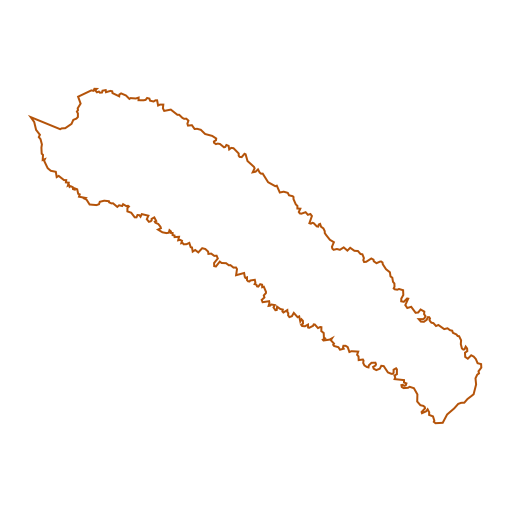 Itarumã, Goiás, Brazil (orthographic projection)
{"feature_id": "56859067B5500678959549", "entity_name": "Itarumã", "entity_type": "district", "adm_level": 2, "iso_a3": "BRA", "parent_name": "Brazil", "parent_adm1": "Goiás", "projection": "orthographic", "projection_center": [-51.292, -18.891], "detail": "fine", "context": "isolated", "style": "outline", "palette": "amber", "viewbox_px": 512, "rotation_deg": 0, "n_neighbors": 0, "source": "geoboundaries", "source_scale": "gbopen_adm2", "svg_char_len": 6038}
<svg xmlns="http://www.w3.org/2000/svg" viewBox="0 0 512 512"><path d="M476.1,384.5L475.5,378.3L477.2,374.7L479.0,373.4L478.5,371.3L481.3,367.6L481.1,364.1L477.6,363.2L475.8,359.0L473.7,356.6L471.2,355.3L467.8,358.7L465.2,356.9L465.0,352.7L467.3,351.1L467.1,348.5L465.7,346.6L464.5,349.3L463.3,349.6L461.9,348.4L460.8,344.1L461.1,340.3L459.1,336.2L457.6,336.0L456.5,334.5L452.9,332.8L452.2,330.7L450.0,330.2L447.5,328.3L444.2,329.1L438.4,325.0L436.0,326.0L433.4,323.1L431.4,322.7L430.1,321.2L429.4,319.8L430.0,318.5L429.2,317.2L427.8,317.2L426.7,319.8L423.9,321.8L420.9,321.6L418.7,319.1L423.2,319.1L424.4,318.3L425.5,316.2L424.1,314.2L424.3,311.6L420.6,309.5L418.2,312.5L415.6,312.8L411.2,306.8L407.3,308.0L405.3,305.1L408.2,298.7L407.1,298.5L403.8,301.8L401.2,301.3L401.3,298.6L403.3,295.0L403.1,290.2L399.0,289.0L397.3,289.7L394.7,289.3L393.7,288.4L394.5,286.7L394.4,283.5L393.0,281.8L392.3,277.7L390.5,276.4L389.9,272.3L386.0,269.2L382.8,264.3L382.5,262.5L381.1,261.5L380.0,261.6L376.5,263.2L373.8,261.3L373.5,259.7L371.3,258.5L366.2,261.8L364.1,262.0L363.3,260.1L363.9,258.1L362.4,254.3L360.5,254.0L357.9,251.0L354.4,250.8L350.2,247.8L347.4,250.6L343.7,247.4L339.9,249.8L336.9,249.0L333.6,249.8L332.4,248.7L331.9,246.9L333.9,242.2L329.9,239.8L326.1,235.0L324.8,233.1L324.7,231.1L323.4,228.4L321.1,226.8L320.1,223.9L318.8,224.5L318.2,226.6L316.8,226.4L313.7,223.2L312.4,222.8L310.9,223.7L309.4,223.2L311.9,216.0L310.4,214.0L307.9,214.8L305.6,212.2L301.3,213.7L299.8,213.4L298.8,212.0L300.3,208.7L297.4,208.5L297.4,205.9L295.8,204.4L293.5,199.1L293.5,197.0L292.7,196.2L289.0,195.3L287.8,192.9L286.6,192.5L283.7,191.7L279.8,192.5L276.8,185.7L275.3,186.2L268.1,182.2L262.7,173.6L261.1,173.7L259.7,172.6L258.0,169.4L255.6,171.7L252.7,172.3L254.6,168.3L254.0,166.9L247.5,161.0L245.6,154.3L244.5,153.8L241.7,157.1L239.6,156.9L238.7,155.7L238.7,153.5L233.5,148.2L231.2,147.9L229.2,149.4L228.6,145.9L226.4,145.0L225.3,146.9L224.0,147.3L220.0,144.0L217.8,143.6L215.9,144.1L214.0,142.7L213.9,141.5L216.0,140.2L216.2,138.5L212.2,135.9L205.1,134.0L200.8,129.8L197.1,128.8L194.6,129.0L191.9,125.2L188.0,125.6L187.4,123.7L188.4,120.6L186.3,118.7L184.1,118.8L182.4,117.9L179.2,114.8L177.4,114.8L170.8,109.6L164.2,110.9L162.9,108.3L163.3,104.6L160.0,104.6L158.1,105.5L157.1,100.3L155.5,100.3L153.6,101.5L150.1,100.7L149.4,98.6L147.1,98.0L145.6,99.9L143.4,100.3L138.5,100.2L138.6,97.6L135.8,98.5L130.6,98.1L129.4,98.9L126.0,95.5L121.1,93.4L119.4,94.5L119.2,96.3L112.5,93.1L112.2,91.3L110.4,90.9L106.0,92.2L105.7,90.1L102.5,90.7L102.0,92.5L99.9,92.7L98.9,91.6L96.9,92.3L95.2,90.3L96.7,88.9L94.4,88.8L93.5,90.8L91.3,90.4L78.1,96.7L80.6,103.6L77.7,108.3L78.0,110.1L76.9,111.6L77.9,113.4L77.9,117.0L76.4,118.6L73.3,119.9L71.5,123.9L65.2,128.2L61.6,128.4L60.2,129.2L30.7,117.1L34.2,122.0L36.1,129.9L39.9,134.8L38.8,137.1L40.5,139.1L41.9,144.4L41.4,147.6L41.7,153.7L43.0,154.9L42.7,160.0L44.8,159.2L44.1,160.7L47.7,168.2L50.8,170.8L55.8,171.8L56.7,177.1L58.7,175.9L64.0,180.1L66.2,180.1L65.9,182.4L68.7,182.7L67.9,185.6L69.0,185.0L69.6,186.9L70.7,186.2L72.8,187.2L73.0,189.1L74.7,189.6L74.8,188.4L77.2,189.3L78.2,193.8L79.7,194.4L79.0,196.7L85.4,197.9L84.4,198.6L86.5,199.6L89.6,204.5L96.5,205.1L99.0,204.2L99.8,201.8L104.2,200.7L108.9,201.2L109.1,202.3L111.4,203.4L113.0,203.3L117.3,206.9L119.1,205.3L122.2,206.0L123.1,204.2L126.3,206.1L128.0,205.8L128.9,206.5L127.4,208.1L127.4,211.4L131.2,212.7L134.7,217.3L136.5,217.3L137.5,215.0L139.4,215.2L140.5,216.7L141.8,214.1L148.4,215.7L146.8,219.2L148.9,221.8L150.7,221.3L151.6,220.4L151.6,218.9L154.3,217.4L156.2,221.0L154.8,221.7L155.4,222.7L158.3,224.0L160.5,226.8L160.9,228.2L158.0,229.6L162.4,232.3L166.5,233.1L168.8,232.7L169.5,230.2L170.9,231.4L170.9,232.9L172.6,233.0L172.6,235.1L174.5,235.5L174.6,237.1L179.0,236.8L178.2,240.3L180.2,239.9L182.0,240.8L181.3,243.2L182.5,242.9L183.7,244.3L186.5,244.2L189.3,242.9L190.7,247.2L192.0,247.5L192.7,251.6L195.2,250.0L198.3,252.4L202.2,248.2L205.3,249.0L208.1,251.6L208.4,253.9L211.2,253.6L214.3,255.9L216.6,255.7L217.8,258.5L214.1,263.0L214.2,266.1L215.9,266.5L219.8,261.6L221.6,263.0L226.1,263.2L228.9,265.3L230.4,265.1L233.5,267.6L236.0,267.5L237.0,269.1L236.1,275.2L244.1,273.0L244.8,276.9L245.5,278.0L247.0,277.4L247.0,280.1L248.1,281.3L249.5,281.5L250.3,280.5L254.8,279.8L255.4,282.7L254.6,284.1L256.4,284.7L257.1,286.4L258.3,286.6L260.2,284.2L262.1,284.7L262.2,287.2L263.8,286.7L266.0,291.9L265.9,293.1L263.8,295.4L264.4,297.5L261.7,299.9L262.6,302.2L269.1,301.2L269.4,303.1L268.6,305.9L270.0,305.7L271.3,304.5L274.8,305.1L273.5,307.4L275.4,310.2L276.7,310.0L277.1,306.7L280.3,309.0L282.8,309.6L282.4,311.4L283.4,312.5L287.3,310.1L287.5,312.3L288.3,313.2L288.1,315.3L289.4,317.1L291.9,316.2L293.8,312.9L297.6,317.2L299.2,316.4L300.3,321.5L301.5,319.3L302.9,320.8L303.0,323.6L301.2,324.8L302.1,326.0L304.9,326.3L308.0,324.6L308.1,327.5L309.2,327.8L313.1,325.8L313.7,324.4L314.8,324.5L318.0,328.1L320.2,327.0L321.4,327.2L321.3,331.1L323.7,333.0L323.9,337.5L325.0,338.3L322.8,339.7L323.5,340.5L329.6,339.6L332.0,338.3L330.8,340.2L334.0,343.6L333.2,344.8L334.1,346.0L338.4,347.2L340.0,349.7L343.7,348.7L343.0,347.3L343.4,345.8L345.6,345.8L347.7,347.1L349.4,352.0L351.5,351.2L358.2,351.6L357.1,354.8L358.5,356.4L358.7,360.1L362.9,359.5L363.5,360.5L363.2,363.0L364.4,365.4L366.8,367.0L368.5,367.4L368.8,365.4L371.5,362.8L375.4,362.7L376.0,364.2L375.5,365.5L373.1,366.9L373.7,368.7L376.3,370.1L379.8,368.7L381.3,365.8L383.7,366.1L387.9,372.4L391.3,373.8L392.9,373.8L393.6,372.7L393.6,369.7L396.1,368.3L396.9,369.4L396.9,374.2L394.5,375.5L395.2,377.3L394.6,379.1L404.0,380.1L404.0,382.5L406.4,383.4L405.8,385.2L404.5,385.8L402.4,384.8L401.4,385.1L401.8,387.0L403.6,388.1L408.0,387.8L409.6,386.8L413.9,388.2L417.4,394.4L417.2,401.5L420.4,405.2L423.4,405.9L424.8,407.1L425.0,408.4L421.6,412.0L422.0,413.2L426.2,411.3L427.6,409.3L429.2,412.3L429.1,414.9L433.0,416.4L434.3,420.6L433.8,421.8L435.5,423.2L442.7,422.8L447.1,414.5L454.2,408.4L458.2,403.9L461.2,402.8L464.3,402.7L467.5,399.0L473.6,394.3L476.1,384.5Z" fill="none" stroke="#b45309" stroke-width="2"/></svg>